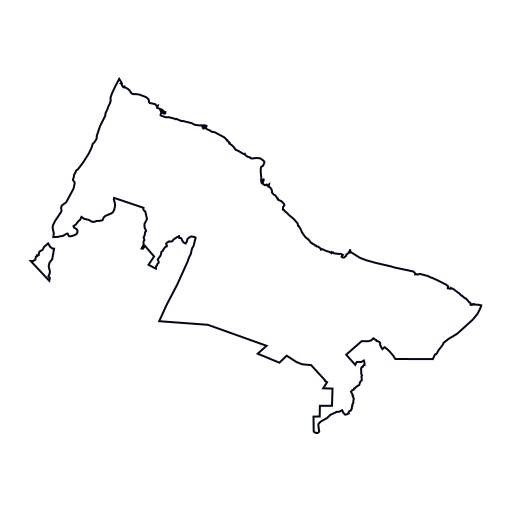 Batu Bara, Sumatera Utara, Indonesia (Albers equal-area conic projection)
{"feature_id": "22746128B96384374000902", "entity_name": "Batu Bara", "entity_type": "district", "adm_level": 2, "iso_a3": "IDN", "parent_name": "Indonesia", "parent_adm1": "Sumatera Utara", "projection": "albers", "projection_center": [99.513, 3.23], "detail": "fine", "context": "isolated", "style": "outline", "palette": "ink", "viewbox_px": 512, "rotation_deg": 0, "n_neighbors": 0, "source": "geoboundaries", "source_scale": "gbopen_adm2", "svg_char_len": 6025}
<svg xmlns="http://www.w3.org/2000/svg" viewBox="0 0 512 512"><path d="M481.3,305.4L478.9,304.8L474.8,304.6L474.4,304.2L473.9,304.5L473.3,304.1L472.7,304.6L472.3,304.3L471.5,305.0L470.5,304.7L470.6,303.6L470.1,302.7L468.8,302.0L468.3,301.0L465.9,298.5L464.7,298.1L462.0,295.7L461.5,295.7L459.5,293.6L452.6,288.6L451.2,288.6L450.9,288.1L450.7,288.5L449.4,288.8L448.8,288.2L447.8,288.3L447.8,287.5L448.2,287.0L448.1,286.2L445.8,284.5L437.3,280.2L431.6,277.6L431.0,277.6L427.8,276.0L419.9,273.9L417.5,274.6L416.0,274.0L415.2,274.4L414.7,272.6L413.0,271.4L394.5,267.5L391.0,266.4L376.1,263.0L366.1,260.2L359.9,257.8L351.1,252.3L349.3,252.8L349.6,251.9L350.3,251.2L350.2,249.4L349.5,251.4L348.0,253.4L346.4,254.5L346.4,255.1L345.9,256.0L344.3,257.4L343.2,257.6L342.3,257.4L341.6,256.8L341.9,255.9L342.9,254.9L340.7,253.8L338.8,253.9L335.0,253.5L333.6,253.2L333.6,252.7L332.7,252.4L332.0,252.6L331.7,252.3L331.4,253.1L329.5,251.9L326.3,251.0L322.4,249.2L320.9,249.6L320.9,248.8L318.1,246.6L316.5,246.4L316.1,245.7L315.2,245.6L314.8,244.8L312.9,244.0L312.3,243.3L311.3,243.1L308.8,239.9L305.1,236.8L301.7,231.9L300.9,229.6L299.7,227.6L298.8,226.1L298.1,225.9L297.6,223.4L293.7,218.9L288.9,215.0L287.4,213.3L284.5,210.9L284.1,210.1L282.9,209.6L283.1,206.9L284.4,205.3L283.9,203.7L281.4,201.2L278.0,199.7L277.8,198.5L277.2,198.4L276.5,196.9L274.8,195.0L273.9,194.7L272.6,193.4L271.9,192.3L272.1,191.6L271.5,189.3L270.1,187.5L268.3,186.5L268.1,185.7L269.0,185.1L269.1,184.4L267.5,185.6L267.1,185.5L266.7,184.6L264.9,185.2L262.2,183.4L261.5,182.6L261.2,180.8L263.1,181.8L263.7,180.1L263.6,179.7L263.1,180.3L262.0,180.3L261.4,179.2L260.7,171.7L260.8,168.3L261.2,166.9L263.1,165.7L264.4,162.6L264.3,161.6L262.8,160.1L260.1,158.3L256.6,158.0L251.8,158.5L250.6,158.2L250.0,157.4L247.5,156.7L244.9,154.6L244.8,153.8L243.9,154.0L243.2,153.8L238.0,150.7L235.8,149.9L233.5,146.8L232.1,145.4L229.2,143.4L229.0,142.8L229.4,142.5L227.0,140.5L227.2,140.1L224.0,137.2L214.6,132.2L211.6,131.7L210.4,130.7L206.9,129.2L205.7,128.0L205.0,127.9L203.4,128.6L202.9,128.1L203.2,127.2L202.5,126.9L202.1,126.1L202.3,125.8L203.7,125.6L206.4,126.4L206.6,126.1L206.3,125.8L204.6,125.3L199.3,125.4L195.3,124.9L193.7,124.3L191.8,123.2L183.8,121.2L182.1,120.8L181.4,121.1L176.4,118.9L175.8,119.2L174.0,118.5L168.7,117.2L165.8,117.3L161.2,115.7L160.5,115.0L161.3,112.4L160.7,111.0L161.3,111.1L162.6,112.9L163.8,113.6L165.2,113.4L165.4,112.1L163.6,111.4L162.3,109.8L157.1,107.8L157.8,105.6L156.7,106.0L155.0,104.1L149.7,103.0L149.0,102.1L148.8,100.1L148.4,99.1L146.0,97.1L139.5,94.6L136.1,94.1L133.1,94.1L131.4,93.3L129.7,90.6L128.0,89.0L125.4,87.5L124.6,87.4L124.4,86.6L123.3,87.2L122.0,85.3L121.8,84.1L121.1,83.6L121.8,83.4L121.4,82.4L119.2,78.9L115.4,86.1L111.9,93.6L110.5,97.8L110.7,100.2L110.1,103.0L108.4,106.3L107.4,109.3L105.6,113.0L105.2,115.9L100.1,126.0L96.8,135.8L96.6,138.8L94.3,142.4L92.7,143.9L91.4,148.1L88.6,153.8L83.3,162.2L78.1,169.1L76.1,170.6L75.3,172.8L74.0,175.0L73.8,177.2L73.0,179.3L73.0,180.1L74.5,182.1L74.7,183.0L73.6,188.5L66.4,201.9L65.5,202.9L62.3,205.1L61.6,206.1L61.1,207.7L61.5,210.7L61.2,211.8L55.0,221.1L53.0,225.2L52.7,226.6L52.7,228.3L53.8,233.2L53.3,237.1L58.1,236.9L59.6,236.4L62.6,236.0L67.1,233.5L67.9,233.9L68.7,235.9L69.3,236.3L71.1,236.2L74.8,235.1L76.8,233.7L77.5,231.9L77.5,230.9L76.9,229.4L73.9,227.4L73.5,226.1L76.0,224.4L77.9,221.7L80.1,219.8L81.5,216.9L84.1,218.8L88.8,219.9L92.0,221.8L94.5,221.8L96.5,221.0L99.5,220.9L102.4,220.2L102.9,219.5L103.5,217.7L105.4,215.9L111.3,213.4L112.5,212.6L113.5,211.2L114.2,209.7L115.1,205.7L115.0,203.8L113.8,199.2L114.1,197.9L143.5,207.8L143.3,209.3L143.7,210.2L145.3,211.6L147.0,219.0L144.5,223.9L144.5,227.2L146.1,231.0L145.2,232.0L144.5,235.8L143.6,237.3L144.4,240.0L143.7,241.2L143.5,242.1L143.6,244.7L141.6,248.5L142.8,248.8L145.0,245.9L154.1,256.5L148.5,264.8L155.9,268.7L156.2,266.0L157.1,265.2L157.4,264.0L158.7,262.7L158.7,261.9L157.7,259.5L160.4,255.8L161.0,254.2L161.4,251.8L162.8,250.9L163.1,249.9L165.4,246.8L166.8,246.4L166.9,245.5L166.2,244.2L166.2,243.6L167.0,242.6L169.0,241.4L170.2,241.6L172.4,241.2L173.3,239.7L176.6,237.4L179.0,236.2L179.3,238.0L180.6,237.9L181.3,238.4L182.0,240.1L183.5,242.4L185.6,243.5L186.7,241.9L187.4,239.1L189.1,237.5L191.4,236.4L195.0,237.2L195.1,237.6L195.6,237.8L193.6,245.9L192.1,248.3L190.7,254.2L188.9,257.7L187.7,261.4L177.3,284.4L166.5,305.1L159.2,321.2L207.8,324.8L266.6,345.8L257.7,353.7L279.4,362.7L286.7,355.7L296.4,362.0L301.4,364.0L303.1,364.4L311.1,365.1L325.2,380.5L325.0,380.9L327.1,382.2L323.2,388.3L332.5,388.6L332.0,405.8L319.9,405.8L319.7,416.5L313.5,416.6L313.7,431.5L315.2,432.7L317.1,433.1L318.4,432.5L319.2,431.6L318.3,425.1L318.7,423.6L320.4,421.9L322.2,420.7L327.0,418.1L330.4,414.8L335.6,412.5L336.4,411.9L339.3,411.7L342.1,410.2L343.4,412.8L345.2,414.7L346.9,414.3L348.6,413.5L348.3,413.1L349.2,411.3L350.8,410.6L351.0,409.7L351.8,408.9L351.9,406.7L352.4,406.3L352.2,404.9L353.3,402.8L353.4,400.3L353.9,398.7L352.7,396.4L353.0,396.0L352.7,395.8L352.6,394.8L351.0,391.7L352.4,390.1L353.7,389.7L354.1,388.5L355.0,388.3L355.5,387.5L357.7,385.8L359.2,385.1L360.1,382.0L361.8,380.1L361.5,376.4L362.0,375.5L361.3,374.1L361.1,368.3L361.9,367.0L362.8,366.8L363.2,365.7L364.0,364.9L364.5,365.0L364.5,363.3L364.3,361.8L363.8,360.5L361.9,361.7L360.9,362.0L357.1,361.9L356.3,362.6L355.3,364.9L346.2,354.7L361.6,341.2L368.6,341.2L371.3,340.3L373.4,338.3L375.0,339.6L376.1,339.9L376.6,340.9L377.8,341.2L379.5,342.2L380.1,343.0L380.2,345.0L380.9,346.6L382.4,349.1L384.6,347.2L386.6,348.7L389.6,351.4L393.3,355.8L395.3,359.0L432.8,359.1L435.0,354.5L436.5,353.9L438.7,350.0L442.6,345.0L443.7,342.7L448.7,338.8L457.1,333.8L472.6,319.8L477.6,313.7L480.4,308.1L481.3,305.4ZM30.7,261.0L47.0,278.4L49.3,280.8L49.8,277.8L48.4,276.4L49.7,273.4L49.9,271.2L48.8,267.1L48.8,265.5L49.7,262.3L52.2,259.3L54.1,248.7L52.6,248.6L50.2,246.9L48.1,243.4L44.0,247.0L42.6,249.8L39.7,251.4L38.9,253.0L38.7,255.1L37.0,255.3L37.1,256.1L36.7,256.1L35.7,257.1L35.4,259.7L33.1,261.0L30.7,261.0Z" fill="none" stroke="#020617" stroke-width="2"/></svg>